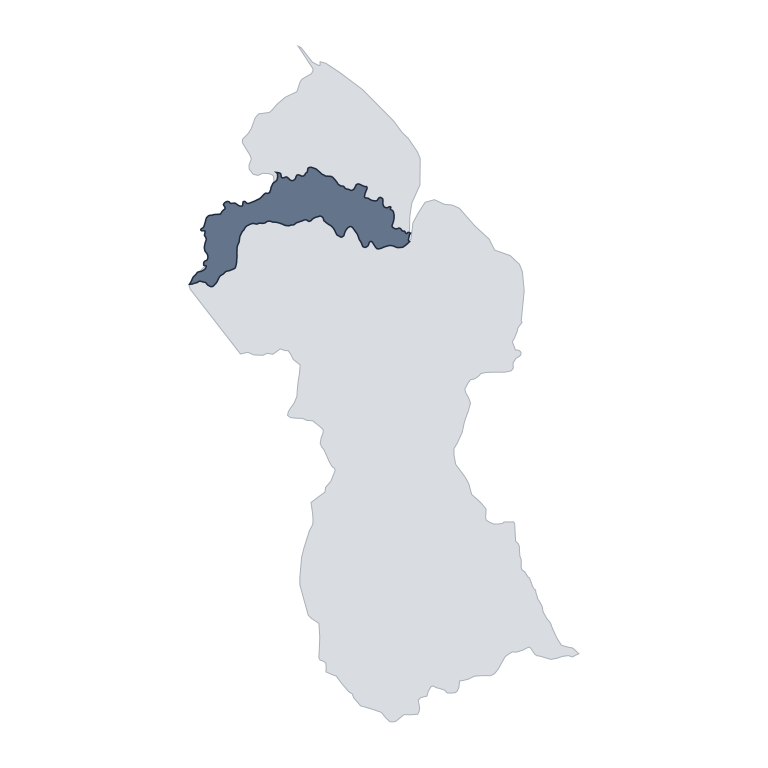 VII-1 Cuyuni, Cuyuni-Mazaruni, Guyana (highlighted)
{"feature_id": "73187651B99697298922199", "entity_name": "VII-1 Cuyuni", "entity_type": "district", "adm_level": 2, "iso_a3": "GUY", "parent_name": "Guyana", "parent_adm1": "Cuyuni-Mazaruni", "projection": "natural_earth1", "projection_center": [-59.979, 6.583], "detail": "fine", "context": "in_parent", "style": "filled", "palette": "slate", "viewbox_px": 768, "rotation_deg": 0, "n_neighbors": 0, "source": "geoboundaries", "source_scale": "gbopen_adm2", "svg_char_len": 9622}
<svg xmlns="http://www.w3.org/2000/svg" viewBox="0 0 768 768"><path d="M240.5,354.0L223.7,332.4L206.8,310.6L190.2,289.2L189.1,286.3L196.0,276.1L202.2,268.7L207.4,264.6L209.9,260.9L208.0,245.2L208.1,239.6L205.7,233.4L204.0,226.5L206.1,220.8L208.6,216.7L211.8,215.2L219.6,213.8L225.0,213.2L227.0,210.9L230.2,208.2L234.3,208.1L242.5,210.0L246.2,206.5L253.0,201.8L268.1,193.7L271.5,188.4L273.9,180.2L273.6,176.3L272.1,174.8L268.3,173.5L262.6,173.3L258.0,175.4L253.2,174.3L249.2,169.2L249.0,165.0L251.4,159.1L250.0,155.2L242.4,142.8L242.5,139.3L248.0,133.7L251.1,129.0L255.3,117.6L258.7,113.8L269.3,112.5L272.0,110.1L277.3,104.0L285.3,97.2L296.9,91.7L300.2,81.7L302.2,79.0L311.4,73.7L313.0,70.9L312.8,68.5L298.1,46.1L301.0,47.6L312.4,62.2L318.7,65.4L320.0,65.5L320.1,61.7L325.9,63.3L340.9,73.3L362.8,89.8L393.6,121.0L402.4,132.8L408.3,138.4L417.5,152.0L420.2,158.7L419.9,185.1L411.8,203.0L409.8,216.5L409.4,234.4L404.7,244.7L411.0,239.1L412.9,222.9L418.2,213.1L425.1,202.3L434.4,199.7L444.3,204.3L452.4,205.1L459.4,208.3L474.5,225.6L489.2,239.2L494.6,250.1L510.2,255.6L519.4,264.2L522.4,271.7L524.2,291.2L521.2,320.7L522.1,322.2L517.9,328.0L517.1,331.7L514.4,338.2L512.3,341.8L515.4,349.9L518.9,350.3L520.2,351.3L521.1,352.9L520.9,354.6L519.6,356.2L516.2,358.2L513.0,362.9L513.3,368.1L511.3,370.8L504.9,372.2L492.3,372.2L486.1,372.5L481.1,373.4L477.9,376.8L473.8,379.1L470.5,379.7L467.7,383.6L464.8,389.1L465.8,392.9L468.7,398.0L470.5,403.1L468.2,411.5L465.7,418.0L464.2,422.9L462.2,432.4L457.4,442.8L453.9,448.8L454.0,455.2L455.7,464.4L465.6,477.8L468.9,484.1L471.6,494.4L480.5,502.4L486.1,509.0L485.6,517.6L486.4,520.3L489.9,522.4L494.1,524.1L498.8,524.0L503.0,523.2L503.9,522.0L513.6,521.9L514.7,524.0L515.3,536.4L515.7,541.4L518.0,543.4L519.4,546.5L519.4,549.3L519.9,556.2L521.3,559.9L521.1,567.3L522.1,570.0L524.8,571.9L528.2,577.2L529.4,577.8L530.1,579.7L533.0,587.3L534.5,589.5L535.5,589.9L535.9,592.5L538.0,599.5L539.4,601.3L542.2,606.5L543.2,612.1L546.8,618.5L550.5,623.0L552.1,627.6L556.8,637.9L561.3,645.1L567.4,647.0L572.6,648.0L575.8,650.8L578.9,653.8L575.5,655.2L572.5,657.0L568.3,655.6L562.5,656.4L556.4,658.4L550.8,659.4L540.2,656.2L537.0,655.7L534.8,654.3L530.5,647.9L528.4,647.2L522.8,650.2L515.9,652.2L512.6,651.8L508.7,654.0L505.0,656.9L498.1,669.3L494.5,673.7L490.6,675.7L482.9,675.6L474.6,676.1L468.4,679.1L462.6,680.6L459.7,680.8L458.8,687.6L457.4,690.8L455.6,692.6L451.1,693.1L447.1,692.9L444.6,690.1L440.1,688.6L436.0,687.6L433.4,686.0L431.3,686.4L429.5,689.2L428.1,691.7L426.9,696.1L420.8,697.6L418.2,700.1L419.7,708.4L419.0,711.7L417.7,714.2L410.3,714.8L404.0,714.6L400.3,717.7L395.8,721.3L393.1,721.9L389.8,721.7L385.5,717.5L381.4,712.4L370.9,708.8L360.5,705.8L353.7,697.7L352.1,693.7L348.9,691.9L340.8,682.3L336.3,676.1L331.5,674.4L325.9,671.8L326.2,667.3L325.8,663.0L323.4,661.2L320.0,660.0L318.8,657.6L319.2,651.9L319.8,637.3L318.9,623.3L311.4,618.4L308.2,615.1L302.5,594.4L299.9,585.0L299.8,578.1L301.6,557.4L303.8,548.5L309.5,530.5L312.8,524.4L313.0,519.9L312.7,514.0L311.0,502.5L320.7,495.2L324.9,492.2L325.6,487.3L330.9,481.2L333.2,475.3L335.1,470.7L334.6,468.3L332.3,466.8L329.6,462.4L324.0,449.8L321.9,447.3L320.2,443.7L321.1,438.1L323.3,432.1L323.0,429.5L319.6,426.3L312.7,420.8L306.9,420.4L302.4,418.4L295.9,418.2L290.6,417.6L287.6,415.5L288.2,412.2L289.5,409.6L294.0,403.3L296.9,396.5L297.3,389.8L298.2,381.1L299.5,373.5L300.2,365.0L293.2,359.4L291.0,354.7L288.2,350.6L285.0,350.6L280.3,348.9L272.8,354.3L267.0,353.3L263.0,355.3L253.7,354.9L247.7,352.3L240.5,354.0Z" fill="#d9dde1" stroke="#a8b0b8" stroke-width="1"/><path d="M393.2,211.5L392.5,210.4L391.0,209.8L390.3,209.2L390.9,207.3L390.4,206.7L389.8,206.7L389.0,206.9L387.5,207.7L386.7,207.8L385.1,207.4L384.3,206.9L383.8,206.3L383.3,205.3L382.8,203.4L382.8,202.3L383.0,201.3L382.8,198.9L381.7,198.0L381.1,197.6L380.4,197.4L379.7,197.5L378.9,197.9L378.4,198.5L377.5,200.0L377.0,200.5L375.7,200.9L374.8,200.9L373.9,200.7L372.8,200.6L371.2,200.1L369.9,199.4L368.5,198.4L367.8,198.1L366.9,198.1L365.3,197.8L364.6,197.3L364.5,196.5L364.6,195.7L365.0,193.8L365.9,191.3L367.0,188.8L367.1,187.9L366.9,187.0L366.3,186.5L365.5,186.6L364.6,186.5L363.0,185.9L360.2,184.5L358.9,184.0L358.2,183.9L356.8,184.3L356.1,184.8L355.9,185.6L354.3,188.5L353.7,189.3L352.5,190.1L351.6,190.4L350.7,190.3L348.6,189.3L346.2,188.9L345.5,188.6L345.0,188.1L344.1,186.8L343.4,186.2L340.5,185.9L339.9,185.3L338.6,184.6L338.0,184.1L337.1,182.4L334.5,179.2L332.7,177.3L331.2,176.4L330.4,176.3L328.9,176.3L327.5,176.1L326.8,176.2L326.0,176.1L325.2,175.9L324.4,175.3L322.2,174.3L321.5,173.8L320.2,172.5L318.8,171.3L316.4,169.2L315.5,168.7L312.3,167.6L311.5,167.3L310.1,167.3L308.7,167.7L308.1,168.1L307.8,168.8L307.4,171.5L306.9,172.4L305.7,173.2L305.2,174.0L304.9,174.8L303.8,175.8L303.0,176.1L301.4,176.1L300.6,175.6L299.7,175.1L298.0,174.8L297.4,175.0L296.7,175.3L295.7,177.5L295.5,178.4L294.6,179.6L293.2,180.5L292.5,180.6L291.6,180.6L291.0,180.4L290.2,179.9L289.5,179.6L288.6,178.2L287.5,177.8L287.0,177.1L286.2,176.9L285.4,177.1L284.0,177.7L282.6,177.9L281.8,177.5L281.3,176.9L281.1,175.8L281.0,174.9L280.8,173.9L280.2,173.3L279.4,172.9L278.1,172.6L276.2,172.4L276.9,173.0L277.5,173.7L277.6,174.6L277.5,175.5L277.7,176.5L277.0,179.8L276.5,180.5L275.7,181.3L273.6,182.9L273.0,183.4L272.5,184.2L272.2,185.0L271.2,187.0L270.9,188.0L270.8,189.2L270.4,190.4L269.8,192.2L269.2,192.8L268.2,193.3L267.3,193.4L266.6,193.2L265.9,193.1L264.8,193.6L264.0,194.3L260.6,197.9L260.0,198.4L259.3,198.9L256.7,200.1L255.0,201.0L249.0,203.3L248.3,203.5L246.7,203.2L245.4,201.8L244.7,201.4L243.9,201.4L243.2,201.7L242.9,202.8L242.7,205.0L242.3,205.8L241.5,206.1L240.8,206.2L239.0,205.8L238.1,205.1L237.2,204.6L235.8,203.5L235.1,203.2L234.4,203.0L232.7,203.3L230.8,203.4L230.1,203.0L229.6,202.3L228.9,201.7L228.1,201.5L227.3,201.4L226.5,201.6L225.6,202.1L224.8,202.6L224.3,203.2L223.8,203.8L223.4,204.7L223.8,205.5L224.4,206.3L225.2,208.0L225.0,208.8L224.2,209.5L223.5,210.0L221.9,211.7L221.4,212.4L221.1,213.2L220.6,213.9L219.9,214.3L216.9,214.4L215.3,214.4L213.4,214.7L211.7,215.3L210.2,215.3L209.4,215.4L208.7,215.7L208.1,216.1L206.6,217.6L206.2,218.4L205.1,222.6L204.3,225.2L204.1,226.0L203.5,227.1L202.9,227.8L201.4,228.7L200.7,229.5L201.0,230.4L201.6,230.8L204.3,230.8L205.1,231.2L205.0,232.5L204.5,234.8L204.5,235.7L205.1,236.4L205.8,237.3L205.9,238.1L206.3,238.9L206.2,240.0L205.2,242.6L204.4,246.6L204.3,247.9L204.9,250.9L205.5,251.9L206.7,253.2L207.5,254.8L207.8,255.9L207.9,257.2L207.8,258.1L207.6,258.9L207.1,259.8L206.5,260.4L204.8,261.1L204.2,261.7L203.7,262.7L203.6,263.6L203.6,264.4L203.8,265.3L204.4,265.6L206.0,265.8L206.3,266.5L206.1,267.3L205.7,268.1L205.0,269.0L204.2,269.7L202.5,270.7L201.6,271.2L200.7,271.5L199.9,271.5L197.8,272.1L197.0,272.8L196.0,274.3L193.8,276.4L193.2,277.1L192.8,277.8L192.4,278.6L191.2,281.4L190.2,283.1L189.4,284.3L192.2,284.1L194.4,283.2L196.9,282.7L199.1,281.3L200.1,281.2L201.6,281.5L202.6,281.9L204.8,282.3L205.6,282.6L206.1,283.1L207.2,284.5L207.9,285.2L210.9,286.7L212.3,286.6L212.9,286.3L213.6,285.8L214.8,284.4L215.6,283.8L217.1,281.7L219.2,277.3L219.9,276.3L220.7,275.5L223.0,274.2L223.9,273.4L225.8,271.5L227.5,271.0L228.3,270.9L229.4,270.7L231.7,269.7L232.7,269.4L235.0,268.2L235.7,266.6L236.1,264.9L236.5,263.0L236.7,261.8L236.6,260.5L236.8,259.2L237.0,256.9L237.0,254.6L236.8,253.7L237.0,251.8L237.0,249.8L237.1,247.2L237.7,245.1L238.1,244.2L238.9,242.6L239.3,241.1L239.7,237.4L239.9,236.5L241.1,233.9L242.1,231.9L242.5,231.3L244.0,229.8L244.4,228.8L245.8,226.7L247.2,225.7L248.7,225.0L249.7,224.4L251.8,223.7L252.6,223.5L253.3,223.4L255.0,223.8L257.0,224.1L257.7,223.9L258.5,223.4L259.3,223.1L262.3,223.4L263.6,223.3L265.4,222.8L266.7,221.6L267.4,221.4L269.3,221.1L270.9,221.4L272.7,222.1L275.3,222.2L277.7,222.6L280.2,223.3L281.0,223.7L282.3,224.1L284.6,225.2L285.4,225.5L286.4,225.5L287.2,225.7L288.8,225.8L290.3,225.4L291.1,225.0L292.6,225.0L293.5,224.9L294.2,224.6L296.3,222.9L297.1,222.5L297.9,222.4L298.6,222.1L299.3,221.9L300.9,221.2L301.9,221.1L303.3,220.3L305.0,219.8L305.8,219.8L306.6,220.0L308.5,221.3L309.3,221.4L311.0,220.7L312.1,219.4L312.8,218.8L315.5,217.3L318.8,216.5L319.5,216.1L320.2,216.0L321.7,216.6L323.0,217.8L323.3,218.5L323.8,220.5L324.3,221.1L325.1,221.6L326.3,222.8L327.0,223.2L328.4,224.3L329.0,224.7L329.8,225.0L330.5,225.4L332.7,227.4L334.4,229.8L336.0,233.2L337.0,235.0L339.8,236.5L340.4,237.0L341.1,237.2L341.8,237.1L343.1,236.3L343.7,235.8L344.1,235.0L344.5,233.3L344.8,232.5L345.6,230.8L346.0,230.0L346.6,229.3L347.5,228.0L349.6,226.7L350.4,226.5L351.7,226.8L353.1,228.2L355.3,231.4L357.3,234.1L358.0,236.0L358.4,236.8L358.8,238.5L359.6,240.1L361.0,242.1L361.3,243.0L361.7,243.7L362.6,246.2L363.2,246.8L364.7,247.4L365.5,247.4L366.4,247.0L367.8,246.0L368.7,244.5L368.8,243.6L369.6,242.1L370.8,241.3L371.7,241.7L372.4,242.2L373.6,244.3L374.1,244.9L374.9,246.3L376.4,248.2L377.0,248.7L377.7,248.9L379.2,248.8L380.9,248.4L382.4,247.8L383.1,247.4L385.6,246.5L387.5,246.0L388.3,245.7L389.2,245.6L391.0,245.5L393.4,246.0L394.9,246.7L397.2,247.6L399.5,247.6L401.0,247.4L402.0,247.4L402.7,247.2L403.3,246.9L406.2,244.8L409.6,241.6L408.9,241.2L408.3,239.6L408.6,239.0L408.8,237.7L409.4,236.2L409.4,235.7L409.3,235.1L409.4,234.7L409.9,234.4L410.3,233.7L410.6,233.1L408.5,232.3L407.7,232.5L407.3,233.1L406.6,233.5L405.8,233.3L405.3,232.5L405.0,231.6L404.4,231.1L402.8,231.1L402.0,230.8L401.7,230.0L401.2,229.4L400.7,228.8L400.0,228.3L399.3,228.1L398.6,228.1L397.9,228.5L396.3,228.9L395.5,228.9L394.0,228.2L392.6,227.3L392.2,226.6L392.0,225.6L393.4,221.7L394.0,218.7L394.1,217.7L394.1,215.1L394.0,214.3L393.7,213.6L393.6,212.4L393.2,211.5Z" fill="#64748b" stroke="#1e293b" stroke-width="1.5"/></svg>